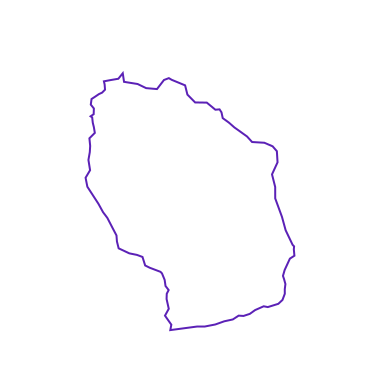 Anarita, Paphos, Cyprus (Natural Earth projection), rotated 327°
{"feature_id": "46923920B9699971041425", "entity_name": "Anarita", "entity_type": "district", "adm_level": 2, "iso_a3": "CYP", "parent_name": "Cyprus", "parent_adm1": "Paphos", "projection": "natural_earth1", "projection_center": [32.54, 34.745], "detail": "fine", "context": "isolated", "style": "outline", "palette": "violet", "viewbox_px": 384, "rotation_deg": 327, "n_neighbors": 0, "source": "geoboundaries", "source_scale": "gbopen_adm2", "svg_char_len": 1395}
<svg xmlns="http://www.w3.org/2000/svg" viewBox="0 0 384 384"><g transform="rotate(327 192 192)"><path d="M148.2,73.3L148.9,75.1L146.5,79.9L145.0,84.2L142.7,89.5L135.2,91.1L131.7,97.9L128.0,102.9L122.6,108.7L118.4,118.2L110.5,122.1L107.1,130.6L107.1,137.3L107.1,144.1L107.1,151.0L106.4,160.5L106.9,167.6L105.8,178.8L105.0,187.3L102.1,192.6L99.8,199.3L106.0,209.3L111.6,214.8L115.1,219.5L112.7,228.1L115.3,232.5L122.1,241.8L122.5,243.9L121.2,250.8L118.6,256.4L119.0,261.5L115.4,263.6L112.4,267.9L108.9,277.3L102.0,281.0L102.4,292.0L98.6,296.0L123.2,307.7L129.5,311.8L139.4,315.8L148.6,318.0L156.8,321.1L163.8,321.1L167.7,324.0L174.1,325.7L180.6,325.4L189.9,326.9L192.9,329.8L203.5,332.8L209.1,331.8L214.4,327.9L216.9,324.0L220.2,320.1L221.7,315.4L222.6,311.9L227.2,307.9L234.0,303.6L237.8,301.2L243.2,301.2L246.2,295.5L248.0,293.2L247.6,291.1L249.7,275.1L253.9,261.9L258.3,242.7L264.5,233.1L268.7,220.8L279.9,213.7L285.4,204.0L284.5,197.6L279.5,190.1L269.6,182.8L268.4,175.4L266.4,170.3L262.7,160.9L260.7,153.8L258.0,146.8L260.1,141.3L260.1,137.7L256.4,135.7L253.1,125.1L243.4,118.6L241.2,107.8L244.3,98.8L236.1,86.9L234.6,83.9L229.5,82.8L218.7,86.6L210.1,79.9L205.2,71.8L195.0,62.6L198.6,54.7L191.9,56.9L184.7,53.8L178.4,51.2L177.3,54.2L174.8,58.8L170.7,59.7L167.3,59.2L162.4,59.3L158.4,59.3L154.7,63.6L155.2,68.5L151.9,73.2L148.2,73.3Z" fill="none" stroke="#5b21b6" stroke-width="2"/></g></svg>